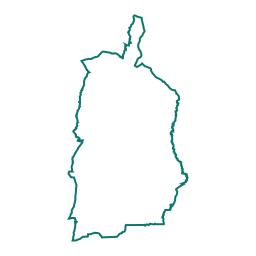 the district of Bogati, Arges, Romania
{"feature_id": "2599482B4479215659380", "entity_name": "Bogati", "entity_type": "district", "adm_level": 2, "iso_a3": "ROU", "parent_name": "Romania", "parent_adm1": "Arges", "projection": "albers", "projection_center": [25.17, 44.885], "detail": "fine", "context": "isolated", "style": "outline", "palette": "teal", "viewbox_px": 256, "rotation_deg": 0, "n_neighbors": 0, "source": "geoboundaries", "source_scale": "gbopen_adm2", "svg_char_len": 5768}
<svg xmlns="http://www.w3.org/2000/svg" viewBox="0 0 256 256"><path d="M172.8,205.3L174.1,203.1L175.0,200.7L175.4,196.7L176.5,195.2L177.2,192.8L177.3,191.5L176.3,190.1L176.0,189.3L178.9,187.0L183.5,184.3L181.7,183.7L186.2,181.8L186.3,181.3L185.8,180.9L185.7,180.5L185.9,180.3L187.1,180.0L187.3,178.8L187.0,178.6L186.8,177.8L187.4,177.2L187.0,176.8L187.1,176.3L186.3,176.2L186.6,174.6L185.7,174.8L185.3,174.3L185.4,173.9L184.3,173.9L183.4,172.9L183.0,173.5L182.2,173.5L182.0,173.1L182.8,171.4L182.7,171.1L182.3,171.0L182.2,170.5L182.5,169.5L182.8,169.2L181.8,168.4L181.7,168.0L182.1,167.5L182.0,167.1L181.7,166.1L181.2,165.8L181.1,165.1L181.4,164.3L180.5,162.9L180.5,162.3L180.9,162.1L179.9,161.4L178.8,161.3L178.1,160.3L177.7,160.2L177.7,159.1L176.8,158.7L176.7,157.9L176.3,157.8L175.5,156.4L175.5,156.1L176.3,155.2L175.6,154.1L174.6,153.7L174.8,152.8L174.6,152.2L173.6,151.7L174.4,149.5L173.8,148.8L172.9,148.7L172.8,148.3L172.9,147.8L173.5,147.2L173.5,145.0L172.7,144.4L172.8,143.3L172.5,142.8L171.9,142.7L171.5,141.6L172.2,140.9L171.8,140.5L171.8,139.8L172.2,139.2L172.3,138.4L171.8,136.6L172.3,135.9L171.7,135.5L172.0,134.6L170.8,134.2L170.6,133.8L170.7,133.0L171.3,132.8L171.2,132.2L171.5,132.0L171.6,131.5L173.0,131.5L172.8,131.1L172.2,130.9L172.3,130.6L173.3,130.4L173.2,129.7L172.8,128.4L171.9,127.8L172.0,127.2L172.6,126.7L172.4,126.1L172.5,125.6L173.0,125.3L173.5,125.5L173.7,124.8L172.6,123.9L173.2,123.2L173.9,122.9L174.4,121.5L175.4,120.8L175.4,118.9L176.2,115.6L175.6,115.2L176.3,114.1L175.7,113.0L175.6,111.3L176.4,111.4L176.5,110.9L177.0,110.5L177.1,110.1L176.7,109.5L176.8,109.0L176.3,108.2L176.7,107.9L177.2,105.3L177.9,105.1L178.4,103.5L178.3,103.1L177.2,103.0L176.8,101.4L176.9,101.0L179.2,99.5L178.9,98.2L178.9,96.3L177.2,94.1L176.3,93.7L176.2,93.3L176.3,92.5L175.6,91.6L175.0,90.3L172.0,89.9L169.3,87.7L167.9,85.6L166.0,84.1L164.1,81.6L163.0,81.9L161.5,80.0L156.7,77.6L155.5,76.8L153.6,74.2L152.8,73.7L151.0,70.6L151.1,69.2L150.3,68.2L144.6,66.0L142.1,63.5L141.3,64.4L137.0,67.0L134.9,65.8L134.9,65.2L137.1,60.8L137.6,59.2L138.5,58.2L140.3,57.3L141.1,56.4L141.4,55.1L141.3,53.9L140.5,51.3L139.7,50.5L139.4,49.7L138.8,49.1L138.8,48.5L138.2,47.1L138.3,44.3L138.6,43.3L139.5,41.8L139.8,40.7L139.8,39.0L140.4,37.4L142.2,35.7L143.4,33.1L144.6,31.3L143.6,27.9L143.5,26.7L141.7,19.3L141.7,17.8L136.7,16.5L135.7,15.7L134.6,15.4L133.9,15.7L133.5,16.5L133.6,17.9L134.0,18.7L133.9,19.7L134.1,20.1L133.9,20.9L133.5,21.2L133.5,22.1L132.5,24.1L131.7,24.4L131.1,25.2L130.7,26.9L129.3,27.8L129.4,28.3L129.8,28.8L129.9,30.0L128.6,31.4L128.9,31.9L128.2,32.4L128.9,33.7L129.1,34.9L130.4,36.4L130.4,37.4L130.1,37.7L129.6,38.7L130.1,39.4L129.5,40.0L129.4,41.6L129.7,42.0L130.6,42.2L130.9,42.9L129.0,43.2L128.9,45.5L127.0,45.2L125.4,44.4L126.3,45.8L126.0,46.2L125.6,45.9L125.2,46.1L125.3,47.3L125.1,48.0L125.9,48.8L125.9,50.1L125.5,50.1L125.1,49.6L124.3,51.0L124.1,53.3L123.6,53.8L123.0,54.9L123.0,55.4L122.8,55.8L123.1,56.0L123.0,56.4L122.7,56.6L122.9,57.1L122.5,57.5L122.9,58.1L122.6,58.3L122.1,57.7L120.7,56.8L120.3,57.1L119.5,55.9L117.2,54.0L116.4,53.6L114.7,53.2L113.7,53.6L111.3,53.4L110.9,53.0L110.2,52.7L103.2,51.6L101.9,52.1L100.9,53.4L100.1,53.9L98.2,56.2L97.0,56.9L95.9,56.9L93.2,57.9L91.2,59.0L89.2,58.9L85.1,59.6L81.5,61.0L84.2,64.8L84.6,65.8L84.8,65.7L85.2,66.4L86.8,70.0L87.3,70.1L87.9,71.2L89.3,72.3L87.9,72.9L86.9,74.9L86.8,76.4L85.2,77.9L84.1,80.8L84.1,83.9L84.0,84.0L84.1,85.0L82.2,88.7L82.5,89.0L81.9,89.6L82.0,90.2L81.2,90.6L81.3,92.0L80.5,92.6L80.5,93.9L80.8,94.3L80.6,94.5L80.7,94.8L80.5,95.4L79.7,96.7L80.0,97.2L79.8,98.9L80.1,99.2L80.1,99.7L79.8,100.9L80.0,101.7L79.5,101.8L79.8,102.3L79.5,102.5L79.9,102.8L80.0,103.9L79.4,106.1L80.0,106.5L79.1,107.8L78.9,108.9L77.4,110.9L77.7,111.6L76.7,113.7L77.0,114.3L76.6,114.6L76.1,115.9L76.3,116.3L76.7,116.3L76.8,117.3L76.5,117.4L76.6,117.8L77.4,119.6L77.6,120.5L77.5,121.6L78.0,122.3L77.3,122.8L76.9,124.4L77.4,125.5L76.7,126.7L75.9,127.6L76.4,128.1L76.4,128.6L75.8,129.2L75.0,129.4L74.7,130.0L73.8,130.5L73.3,131.5L75.8,134.5L76.0,135.3L75.7,135.8L76.4,137.1L77.5,137.1L78.7,137.6L79.6,138.6L79.7,139.0L79.3,139.4L78.2,139.7L77.7,140.8L79.3,141.3L82.4,140.2L82.8,140.3L81.7,142.4L82.2,142.7L77.9,148.4L77.9,148.9L75.5,152.6L73.3,157.0L73.1,157.3L72.6,157.4L72.3,159.5L72.8,160.3L72.5,162.1L72.8,162.7L73.0,162.7L71.8,166.2L71.6,167.3L72.1,169.4L72.0,171.2L72.3,171.5L69.2,171.6L68.9,172.6L68.6,172.8L68.6,173.9L69.7,175.3L69.9,175.8L70.9,176.7L71.0,177.2L74.1,177.6L76.5,185.5L76.2,188.1L75.9,188.6L76.0,191.4L75.6,194.1L75.4,197.0L75.2,197.6L75.5,199.1L74.9,202.2L74.1,204.8L74.1,206.2L71.8,210.2L71.7,211.5L71.8,212.5L71.7,213.2L70.8,214.2L70.1,216.4L68.8,218.6L70.5,218.5L72.0,217.9L75.0,218.2L74.9,219.0L75.1,219.5L75.6,219.9L75.7,220.5L75.6,221.4L74.9,221.7L74.9,222.2L76.1,221.9L76.6,222.0L75.5,223.4L75.3,224.3L75.2,226.9L74.6,229.5L74.5,230.9L74.0,231.6L73.6,233.2L74.0,234.7L73.3,236.6L73.2,238.5L72.6,240.6L75.8,240.4L80.2,238.8L83.0,236.7L84.1,236.9L85.8,236.5L87.6,236.7L88.1,235.8L88.0,234.3L91.0,234.1L94.3,232.8L97.3,233.0L99.1,233.5L99.6,234.0L100.6,235.6L101.2,235.8L101.9,237.4L117.0,236.8L119.6,233.9L121.8,233.1L121.7,232.7L122.4,232.2L124.5,231.5L125.4,229.3L125.5,226.2L125.8,225.1L142.9,225.0L144.6,224.8L145.2,225.6L146.4,224.5L147.4,224.5L148.2,225.0L148.8,225.0L149.9,223.8L153.0,224.3L154.6,224.3L154.8,223.8L156.3,224.2L163.8,224.2L163.8,222.6L163.3,221.4L163.5,218.5L163.2,217.9L162.7,217.9L162.4,217.5L163.0,217.3L163.0,216.8L162.6,216.7L163.0,215.4L163.6,215.2L163.7,214.9L163.8,214.4L163.3,214.1L163.4,213.6L164.2,211.9L164.7,211.8L165.4,209.9L167.2,210.0L170.3,209.8L170.3,209.2L170.1,209.0L170.1,208.7L170.5,208.8L171.0,207.7L170.8,207.2L171.0,207.0L171.1,206.3L170.6,206.0L170.5,204.8L172.5,204.4L172.8,205.3Z" fill="none" stroke="#0f766e" stroke-width="2"/></svg>